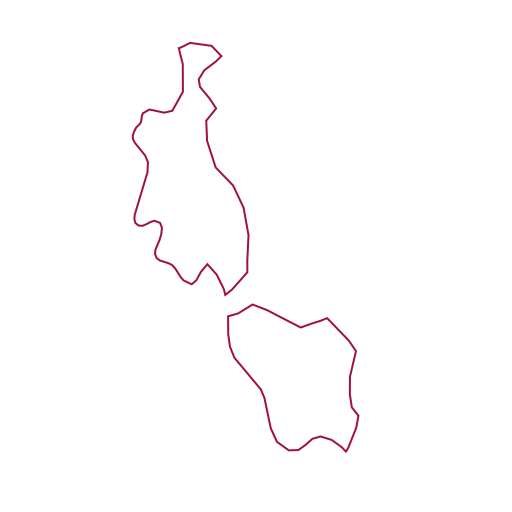 the border of Posavina, rotated 226°
{"feature_id": "BIH-3153", "entity_name": "Posavina", "entity_type": "Canton", "adm_level": 1, "iso_a3": "BIH", "parent_name": "Bosnia and Herzegovina", "parent_adm1": "", "projection": "robinson", "projection_center": [18.542, 44.999], "detail": "fine", "context": "isolated", "style": "outline", "palette": "rose", "viewbox_px": 512, "rotation_deg": 226, "n_neighbors": 0, "source": "natural_earth", "source_scale": "10m", "svg_char_len": 1401}
<svg xmlns="http://www.w3.org/2000/svg" viewBox="0 0 512 512"><g transform="rotate(226 256 256)"><path d="M249.4,206.9L254.6,209.9L269.9,214.8L283.9,215.3L282.8,205.2L280.0,196.4L280.2,191.5L280.3,190.1L288.8,186.9L293.5,187.2L302.9,189.2L307.6,189.4L311.5,188.1L319.6,183.7L323.4,183.1L327.8,184.9L330.4,188.1L334.4,197.5L337.7,203.3L341.7,208.0L346.5,210.0L351.9,207.4L353.7,203.9L354.9,199.6L356.5,195.4L359.6,192.6L363.6,192.2L367.0,194.1L369.9,197.4L391.6,236.1L398.6,243.5L405.4,246.1L421.7,247.5L425.7,248.8L428.0,250.8L429.7,253.8L431.4,258.2L431.7,259.7L431.7,263.6L432.0,265.7L433.3,267.8L436.2,271.4L437.2,273.9L435.4,281.1L422.8,289.6L418.6,296.7L424.9,317.5L444.9,336.6L459.1,344.8L458.0,347.3L455.1,356.6L438.1,370.0L423.8,370.0L423.8,362.2L425.5,347.7L422.9,337.6L416.6,333.2L401.4,332.0L389.8,329.8L387.9,314.2L372.8,300.8L347.7,288.5L322.7,288.5L299.5,280.7L276.2,265.1L258.4,246.2L250.3,238.5L248.5,215.4L249.4,206.9ZM107.7,142.0L121.7,146.9L148.1,163.5L156.7,166.8L197.8,169.8L208.9,174.3L218.9,181.6L232.0,194.0L227.1,203.3L223.5,219.8L209.3,226.4L189.6,233.0L173.5,238.5L169.0,248.5L164.6,257.3L161.9,264.0L149.4,264.0L130.6,264.0L118.1,261.8L103.8,239.6L91.4,227.5L80.6,219.8L69.9,218.7L62.8,208.8L53.9,189.0L52.9,185.1L52.9,184.8L58.7,184.9L71.1,182.7L81.3,177.1L85.3,169.6L85.7,160.5L87.0,151.6L93.4,144.6L107.7,142.0Z" fill="none" stroke="#9f1239" stroke-width="2"/></g></svg>